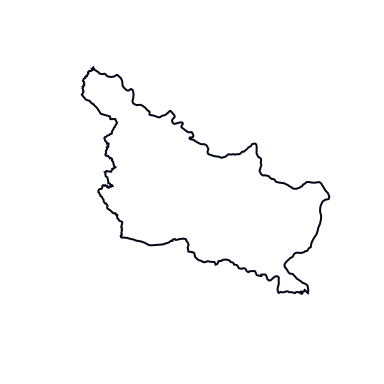 Bawku West, Upper East, Ghana, rotated 302°
{"feature_id": "2480657B35637781657714", "entity_name": "Bawku West", "entity_type": "district", "adm_level": 2, "iso_a3": "GHA", "parent_name": "Ghana", "parent_adm1": "Upper East", "projection": "albers", "projection_center": [-0.469, 10.843], "detail": "fine", "context": "isolated", "style": "outline", "palette": "ink", "viewbox_px": 384, "rotation_deg": 302, "n_neighbors": 0, "source": "geoboundaries", "source_scale": "gbopen_adm2", "svg_char_len": 6039}
<svg xmlns="http://www.w3.org/2000/svg" viewBox="0 0 384 384"><g transform="rotate(302 192 192)"><path d="M257.2,215.8L253.7,214.6L252.7,213.2L250.6,212.8L249.1,212.1L248.5,210.9L246.5,208.7L246.2,207.3L244.6,205.6L243.4,203.1L242.8,202.6L240.1,201.9L236.9,199.2L236.5,198.3L236.3,196.4L234.3,192.2L232.8,186.0L233.3,184.8L234.2,183.9L237.0,183.2L238.8,180.6L239.3,179.0L239.0,177.0L237.6,174.9L237.2,173.6L236.9,169.9L237.0,165.6L236.0,162.9L235.9,162.0L236.3,161.3L237.0,161.3L237.5,161.7L238.3,163.1L239.3,163.7L240.8,163.1L241.6,162.0L242.6,159.9L241.3,158.4L240.6,156.6L241.2,149.3L241.5,148.6L242.2,148.2L243.0,148.0L244.7,148.2L245.6,147.4L245.6,146.6L244.7,145.0L240.4,141.0L240.3,139.5L241.1,138.0L242.3,137.1L243.7,137.0L246.3,137.6L247.3,137.0L247.9,135.9L249.4,130.9L248.8,130.2L245.4,129.3L243.0,128.4L241.2,126.6L238.1,124.9L237.6,124.0L236.4,118.7L235.1,115.5L235.4,114.6L237.2,113.8L237.7,113.0L237.7,110.9L238.8,107.3L238.9,102.7L238.2,101.4L236.3,99.0L236.0,96.6L236.1,95.1L236.7,94.1L238.0,93.1L239.9,92.6L243.7,90.8L246.1,88.8L247.1,87.3L247.1,85.9L246.7,85.4L244.9,84.8L244.0,83.9L243.7,82.3L244.4,78.9L245.3,76.9L249.1,74.0L250.9,71.3L251.7,66.8L251.4,66.1L248.7,64.8L247.0,62.9L246.0,61.1L245.4,59.2L245.4,57.6L245.9,56.8L246.0,55.3L244.2,53.1L243.5,50.9L244.0,49.0L244.0,44.7L245.3,42.3L243.5,42.2L243.3,41.8L242.9,42.4L243.0,42.9L242.6,42.7L242.3,42.9L240.8,41.9L240.4,40.8L239.9,40.9L238.7,40.3L238.1,40.5L238.1,41.0L237.2,41.4L235.9,41.1L234.5,41.5L233.9,40.7L233.5,40.9L232.9,40.5L232.0,41.1L231.1,40.4L230.2,40.2L228.7,40.8L228.4,40.7L227.9,42.3L226.4,43.4L226.2,43.2L225.7,43.5L225.2,44.1L224.6,43.5L223.4,43.4L223.1,44.1L221.9,44.2L221.8,44.6L220.7,45.6L220.6,46.0L219.8,46.2L219.7,46.7L217.5,47.2L217.1,46.9L216.1,47.0L214.2,52.6L214.3,54.2L215.0,56.7L214.9,57.4L214.2,58.5L214.4,59.5L213.9,61.2L214.3,62.0L213.7,63.2L213.0,66.8L210.0,73.3L212.6,82.4L211.7,83.4L210.9,83.6L210.6,84.3L213.2,88.2L210.9,91.8L207.7,91.8L206.2,92.1L204.9,91.7L203.5,92.1L201.4,92.0L198.8,93.0L197.6,91.7L196.5,91.7L194.9,90.3L193.0,89.8L192.2,89.0L191.1,89.2L189.3,91.6L188.9,93.4L187.9,94.2L188.9,95.4L188.7,95.8L185.8,97.0L185.7,96.1L184.4,96.2L183.4,97.2L181.1,97.2L179.9,98.3L178.1,98.5L177.5,99.1L177.2,99.8L178.1,101.6L177.7,102.7L177.6,104.0L177.1,104.6L177.8,105.1L177.6,106.9L176.3,107.4L175.9,108.9L172.7,112.1L172.5,113.9L171.6,113.7L169.7,112.3L169.6,112.8L167.4,112.4L166.3,112.6L164.8,109.3L164.7,108.6L164.2,108.2L163.1,108.0L162.8,107.7L162.6,108.5L161.3,108.9L159.6,110.5L159.6,112.2L159.3,112.7L156.7,115.3L155.2,116.3L155.5,117.4L155.1,119.3L155.4,120.5L154.9,121.4L154.1,120.2L153.6,120.5L153.3,120.4L152.9,119.2L152.4,119.5L151.5,119.2L151.1,117.6L152.2,116.7L151.9,116.4L151.8,114.8L150.8,114.4L150.9,113.5L150.6,113.0L150.1,112.8L147.5,113.6L146.5,113.3L145.4,112.1L143.9,111.8L142.3,112.6L142.3,113.5L141.3,114.7L140.8,116.0L140.1,116.4L140.2,117.6L140.0,118.5L139.1,119.6L138.7,121.0L137.2,122.1L136.5,123.6L136.2,124.5L136.8,125.0L135.6,127.7L133.8,128.2L133.2,128.9L133.1,132.7L132.3,135.8L132.8,136.4L132.6,137.7L133.4,138.5L132.4,139.9L133.0,140.7L133.0,140.9L131.7,141.3L130.3,142.6L129.9,144.2L129.3,144.9L129.2,146.5L129.6,147.8L129.5,148.8L127.9,149.6L124.8,150.5L124.5,151.6L123.0,152.1L122.6,152.9L120.0,153.7L118.7,155.1L118.1,155.2L117.5,154.7L117.1,154.8L116.7,155.0L116.5,155.8L116.1,155.9L116.2,156.9L117.0,157.9L118.8,161.5L118.9,162.4L120.9,168.3L121.1,170.1L123.1,175.1L123.9,179.0L124.1,183.3L125.1,185.6L132.5,195.6L133.2,195.9L136.6,198.9L139.2,200.0L140.1,201.3L140.9,200.8L141.4,200.9L142.8,202.1L143.0,202.5L142.7,202.9L142.7,203.7L146.1,207.1L147.1,208.6L147.6,208.9L148.6,211.1L148.6,212.1L147.6,213.1L147.1,214.7L146.4,216.0L145.3,217.1L142.3,217.9L141.3,219.1L139.6,220.4L139.8,221.2L140.8,223.1L140.8,224.0L141.4,224.6L141.4,225.6L141.3,226.4L139.0,228.6L138.3,229.9L137.7,233.8L138.6,236.5L138.5,238.4L138.9,239.7L141.6,242.0L142.2,243.1L142.2,243.8L144.5,248.2L142.9,250.5L144.3,251.6L147.5,251.2L147.9,251.4L148.3,252.4L149.2,253.5L150.4,253.8L151.6,254.9L151.9,255.6L152.8,256.7L153.8,259.9L153.1,262.0L153.7,263.2L153.7,264.9L152.8,266.1L153.7,268.5L153.7,269.5L152.2,272.2L153.3,275.0L154.7,276.0L155.2,277.2L155.1,278.3L154.0,280.0L153.8,282.0L154.2,282.5L154.8,282.5L155.8,283.5L158.1,286.8L158.1,287.7L155.9,290.8L156.6,293.6L157.4,295.2L158.0,294.4L158.6,294.4L160.9,297.9L160.6,299.0L158.0,302.2L157.8,304.2L158.7,305.4L163.0,306.7L164.7,307.5L165.2,308.1L165.9,309.7L165.2,311.2L163.1,312.2L160.9,313.8L159.3,314.6L157.4,315.0L154.7,316.2L152.8,317.9L152.4,319.0L152.8,319.4L154.1,319.9L154.9,322.2L158.2,325.2L158.5,326.0L158.5,327.4L160.1,330.2L160.8,332.9L162.1,333.2L163.2,334.5L163.6,336.5L165.2,337.0L165.5,337.8L165.3,338.1L163.7,338.5L163.8,339.0L164.7,339.3L165.9,338.5L167.1,339.7L168.5,339.4L168.8,339.5L167.7,343.8L170.0,342.9L172.7,340.7L174.0,339.3L174.1,336.1L173.6,333.5L173.9,332.4L174.1,326.5L174.6,325.4L175.8,320.8L174.6,318.0L175.0,316.5L177.4,311.6L177.3,310.9L177.6,310.8L178.5,309.3L180.2,308.9L181.9,308.8L188.0,310.3L190.1,311.6L191.3,311.7L193.0,311.4L195.1,312.1L195.9,312.8L197.9,316.4L198.9,317.7L201.1,319.3L201.9,319.4L202.5,320.3L203.5,320.9L206.5,321.0L208.0,321.9L212.6,320.2L217.7,319.8L222.2,320.0L225.4,319.2L228.8,318.0L232.9,317.4L237.0,315.9L240.1,314.3L242.3,311.9L244.3,310.3L248.0,308.5L252.3,307.9L253.8,308.0L256.1,309.2L258.4,311.6L260.9,310.9L262.5,308.7L263.1,307.8L263.9,304.5L264.7,303.0L267.7,297.0L267.9,295.0L267.3,293.9L265.0,291.3L263.3,288.3L262.8,286.6L261.3,284.1L260.6,283.7L259.0,283.4L257.3,282.3L255.5,282.3L252.7,280.9L250.1,278.9L249.1,277.4L248.5,275.6L248.7,272.6L248.4,271.3L248.7,269.9L248.2,265.4L246.2,261.0L245.2,258.0L246.2,255.3L246.1,254.2L245.3,252.6L245.6,250.1L246.1,248.8L245.1,245.5L243.8,243.7L243.6,242.7L243.8,241.0L245.8,238.0L251.7,236.5L253.5,234.6L255.3,234.0L256.4,233.1L256.9,232.5L256.9,229.5L258.9,226.3L264.6,222.9L265.6,222.1L266.4,221.0L266.5,220.0L266.2,219.4L264.6,217.7L262.1,217.6L259.8,216.3L257.2,215.8Z" fill="none" stroke="#020617" stroke-width="2"/></g></svg>